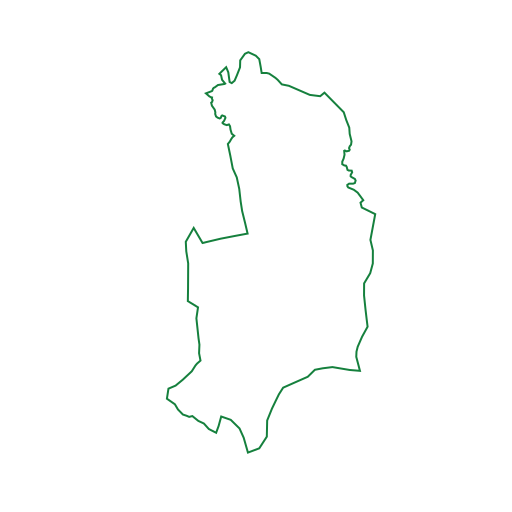 Warri South, Delta, Nigeria (Mercator projection), rotated 225°
{"feature_id": "59680162B21053239387442", "entity_name": "Warri South", "entity_type": "district", "adm_level": 2, "iso_a3": "NGA", "parent_name": "Nigeria", "parent_adm1": "Delta", "projection": "mercator", "projection_center": [5.662, 5.624], "detail": "fine", "context": "isolated", "style": "outline", "palette": "green", "viewbox_px": 512, "rotation_deg": 225, "n_neighbors": 0, "source": "geoboundaries", "source_scale": "gbopen_adm2", "svg_char_len": 2498}
<svg xmlns="http://www.w3.org/2000/svg" viewBox="0 0 512 512"><g transform="rotate(225 256 256)"><path d="M159.2,102.8L162.2,109.3L167.1,117.9L158.0,122.3L145.7,122.4L136.2,118.8L122.7,111.3L117.7,122.3L120.6,135.9L131.8,147.6L136.8,159.4L139.6,167.4L142.0,174.4L143.7,182.1L139.2,193.8L134.0,207.2L133.9,217.2L129.4,223.8L123.4,231.5L109.1,241.7L101.3,248.3L113.8,255.6L117.3,259.4L119.9,263.7L123.9,273.9L127.1,284.9L132.1,288.8L133.0,289.5L141.1,295.9L151.7,304.5L160.2,313.1L163.1,324.6L168.1,333.3L177.3,342.6L186.5,348.3L201.3,369.9L215.5,365.1L219.8,367.6L219.6,371.3L228.9,372.7L233.7,372.0L239.2,369.7L240.6,369.9L241.7,370.8L241.3,373.0L238.5,375.8L237.7,377.5L238.9,379.8L240.6,380.4L244.5,379.3L245.5,379.3L246.4,380.3L247.2,383.2L248.7,384.0L250.9,382.0L252.2,381.6L255.0,383.2L256.3,383.5L257.5,382.5L259.9,381.9L261.7,383.7L262.9,386.8L265.0,390.2L268.0,392.7L267.8,393.4L265.9,394.1L264.6,396.3L264.9,397.4L266.5,398.1L267.3,399.9L267.5,401.9L269.5,404.6L276.1,408.6L280.8,412.7L288.4,416.0L295.6,419.7L323.1,419.9L323.6,414.4L331.7,408.1L332.3,407.8L353.1,399.6L359.1,395.6L365.3,395.9L368.2,395.7L373.0,394.8L375.6,394.3L377.8,393.0L381.4,389.4L386.5,393.1L392.9,397.5L397.8,397.5L405.5,394.7L406.8,391.2L405.5,383.2L400.7,378.1L397.2,370.1L395.1,364.8L395.4,361.1L397.7,360.4L405.5,366.3L410.6,368.4L410.7,362.8L410.7,358.9L409.2,359.1L408.5,359.1L404.6,356.6L399.7,356.1L399.9,355.4L400.9,354.0L402.2,352.2L403.8,350.0L404.1,348.0L404.4,346.0L404.8,345.0L404.7,343.9L403.8,342.0L403.8,341.4L406.4,335.6L401.8,335.9L400.0,336.5L399.2,337.0L398.7,336.2L396.8,335.5L396.6,334.9L396.0,334.1L396.1,332.7L393.4,331.1L388.7,330.3L386.4,328.9L385.3,327.6L382.9,326.4L380.9,326.7L378.9,327.6L378.6,328.8L379.4,330.5L379.3,331.5L376.6,332.7L375.3,332.1L374.1,328.9L374.0,326.7L373.5,326.3L371.6,326.7L369.2,327.9L368.2,329.9L366.1,329.4L363.3,327.3L359.6,325.3L356.4,325.6L356.6,323.2L356.2,321.2L355.4,318.3L355.1,315.3L345.0,308.7L334.4,301.5L329.7,299.7L325.2,298.0L315.3,291.6L305.4,283.7L297.6,278.0L287.0,271.6L277.8,265.9L284.8,255.7L293.2,243.3L299.8,232.6L303.0,227.4L319.9,231.8L315.7,216.4L308.6,210.0L298.7,202.8L289.5,193.5L281.0,184.9L272.3,175.9L260.7,178.7L254.1,169.8L238.6,157.3L233.3,153.3L227.5,147.0L221.3,142.8L221.6,138.2L221.4,135.8L219.9,129.1L220.3,116.8L221.2,107.5L224.1,100.3L218.1,92.1L208.5,93.8L202.7,92.3L195.6,92.2L192.2,93.9L189.5,95.0L187.8,97.8L180.2,98.6L174.4,100.7L167.0,100.3L159.2,102.8Z" fill="none" stroke="#15803d" stroke-width="2"/></g></svg>